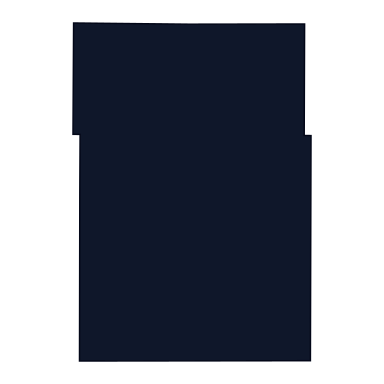 the district of Gray, Kansas, United States of America
{"feature_id": "52423323B18889846509117", "entity_name": "Gray", "entity_type": "district", "adm_level": 2, "iso_a3": "USA", "parent_name": "United States of America", "parent_adm1": "Kansas", "projection": "robinson", "projection_center": [-100.458, 37.739], "detail": "fine", "context": "isolated", "style": "filled", "palette": "ink", "viewbox_px": 384, "rotation_deg": 0, "n_neighbors": 0, "source": "geoboundaries", "source_scale": "gbopen_adm2", "svg_char_len": 266}
<svg xmlns="http://www.w3.org/2000/svg" viewBox="0 0 384 384"><path d="M79.5,361.0L310.4,360.7L311.0,135.6L304.2,135.5L304.4,79.7L304.6,24.0L189.0,24.2L73.6,23.0L73.0,134.3L80.1,134.4L79.8,193.5L79.5,361.0Z" fill="#0f172a" stroke="#020617" stroke-width="1.5"/></svg>